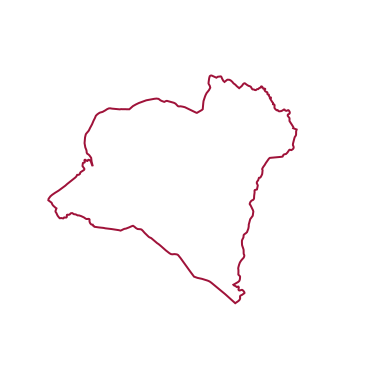 Da Huoai, Lâm Đồng, Vietnam, rotated 147°
{"feature_id": "81297802B42288402015377", "entity_name": "Da Huoai", "entity_type": "district", "adm_level": 2, "iso_a3": "VNM", "parent_name": "Vietnam", "parent_adm1": "Lâm Đồng", "projection": "natural_earth1", "projection_center": [107.624, 11.452], "detail": "fine", "context": "isolated", "style": "outline", "palette": "rose", "viewbox_px": 384, "rotation_deg": 147, "n_neighbors": 0, "source": "geoboundaries", "source_scale": "gbopen_adm2", "svg_char_len": 5970}
<svg xmlns="http://www.w3.org/2000/svg" viewBox="0 0 384 384"><g transform="rotate(147 192 192)"><path d="M274.1,199.8L272.9,198.5L271.6,198.3L269.8,198.1L268.7,197.9L267.4,197.3L264.1,196.6L261.5,196.2L260.2,195.9L259.9,195.8L259.2,194.3L258.7,192.4L257.8,190.6L255.7,189.0L255.1,188.4L254.8,188.0L254.4,186.4L254.0,183.6L252.8,178.3L252.5,177.4L251.3,175.5L249.1,168.1L248.4,166.5L247.6,163.9L245.7,157.1L244.2,152.8L243.4,151.3L242.5,150.5L240.4,149.4L238.8,148.0L238.4,147.5L238.0,146.7L237.6,142.9L236.8,126.1L236.4,119.9L234.2,117.0L231.0,113.8L227.1,109.1L226.0,107.4L225.2,105.4L219.8,88.2L216.3,75.2L212.7,75.3L211.3,75.5L210.5,75.9L209.8,76.3L209.2,77.1L209.0,77.8L208.1,78.6L207.7,78.7L206.1,78.5L203.3,78.6L203.0,78.7L202.7,79.3L202.7,80.5L202.9,81.7L203.0,82.1L203.2,82.5L203.5,82.8L205.3,83.3L205.9,83.6L206.2,84.0L206.2,84.4L206.2,84.8L204.7,86.5L204.6,87.3L204.8,87.6L205.7,87.7L206.2,87.9L206.6,89.1L207.8,91.1L207.8,91.7L206.8,91.6L202.2,91.4L200.9,91.6L199.7,92.4L198.5,93.8L197.8,94.8L197.7,95.6L198.1,97.3L198.0,97.7L196.9,99.2L195.5,101.4L194.9,102.7L194.2,103.5L192.2,105.3L190.2,106.8L188.0,107.8L184.4,108.8L183.5,109.4L183.0,109.9L182.7,110.3L182.5,110.8L182.4,111.7L182.1,112.4L180.7,114.6L180.2,115.5L179.9,116.4L179.3,118.9L178.9,120.3L177.6,122.5L176.7,123.9L176.0,124.5L173.6,125.9L172.5,127.3L172.0,127.8L171.3,128.0L170.3,128.1L169.3,128.1L167.7,128.4L164.7,130.6L163.2,132.2L162.2,133.7L158.0,137.5L154.0,139.0L151.2,142.2L150.8,143.5L150.1,149.2L150.3,150.0L150.1,150.5L149.9,150.8L148.7,151.7L147.4,152.2L146.2,152.3L144.9,152.1L144.1,152.4L143.5,152.8L141.9,155.0L139.7,157.6L138.9,159.0L138.3,159.4L136.1,158.8L135.1,159.8L133.5,161.4L133.3,161.6L133.1,162.3L132.9,164.0L132.3,164.9L131.4,165.4L130.3,165.7L129.4,166.4L128.3,167.3L128.1,167.4L127.2,167.0L126.7,167.0L125.9,167.3L124.3,168.2L123.3,168.9L122.4,170.0L120.9,171.9L120.7,173.0L120.0,173.5L118.4,174.3L116.5,175.0L114.3,176.1L109.3,178.1L108.1,178.2L98.4,173.1L97.1,172.5L96.7,172.4L95.5,173.1L94.9,173.4L94.0,173.3L93.3,173.0L92.3,172.7L91.4,172.9L90.5,173.1L87.6,174.3L86.9,174.2L86.2,173.3L85.8,173.0L84.4,173.0L83.8,173.1L83.1,173.4L82.6,173.8L82.3,174.3L82.0,175.1L81.9,176.1L81.7,176.6L80.9,177.6L76.8,181.4L75.9,182.1L74.2,182.8L73.5,183.4L71.6,186.2L70.2,187.4L72.4,190.4L71.9,190.7L71.7,191.1L71.6,193.1L71.6,197.5L71.6,198.3L71.3,198.9L70.2,200.5L70.0,201.0L70.2,203.4L70.2,203.8L70.0,204.1L69.7,204.5L69.3,204.7L67.7,204.6L67.1,204.9L66.8,205.2L66.4,206.3L66.4,207.2L66.5,207.9L66.7,208.2L67.3,208.4L68.2,208.5L68.8,208.8L69.3,209.5L69.5,209.9L69.5,210.7L69.9,211.1L72.0,211.1L73.2,211.3L75.0,212.2L75.5,213.0L75.5,213.8L75.6,214.1L76.4,214.4L76.7,215.1L77.0,216.4L77.0,217.6L76.5,218.5L75.9,219.2L75.5,219.8L75.4,220.3L75.5,220.9L75.7,221.2L76.1,221.2L76.3,221.5L75.5,222.7L75.6,223.2L75.7,223.7L75.6,228.1L75.3,228.2L74.8,227.8L74.6,227.8L74.4,228.2L75.1,229.1L75.2,229.7L75.0,230.9L74.6,231.5L74.6,231.8L74.8,232.1L75.3,232.5L75.4,233.0L75.3,233.3L74.6,234.3L74.6,234.6L74.8,235.1L75.6,236.2L75.7,236.6L75.7,237.8L75.6,238.1L75.5,238.3L74.6,238.4L74.5,238.6L74.8,239.2L75.3,239.3L75.9,239.8L75.8,241.6L76.0,242.5L76.4,242.8L76.7,242.8L77.2,242.1L77.4,242.1L78.0,242.4L78.7,242.5L79.2,242.5L80.1,242.3L80.6,242.3L80.9,242.6L81.6,242.8L83.0,242.7L83.9,243.5L84.2,244.2L85.3,245.1L85.5,245.9L85.4,247.2L85.4,248.3L86.0,249.4L86.6,250.0L87.4,251.5L88.5,254.4L89.0,254.7L89.7,254.7L90.5,254.6L92.1,253.9L93.1,253.7L95.9,253.4L96.8,256.3L97.2,258.4L98.0,260.5L98.2,262.4L98.5,263.6L98.8,264.5L99.5,265.7L100.8,266.7L101.2,266.9L101.8,266.9L104.8,266.6L105.2,268.2L105.0,270.8L104.7,272.3L104.7,272.8L104.9,273.3L107.6,274.6L109.3,274.6L112.1,279.0L113.0,279.5L113.5,279.5L114.1,279.4L115.6,278.1L117.8,275.6L119.0,274.1L119.2,273.2L119.2,272.2L119.3,271.2L119.9,269.5L122.3,268.2L125.9,267.0L128.1,265.7L129.7,264.5L132.8,262.0L134.3,260.2L137.9,255.6L139.0,255.4L144.8,255.7L145.4,256.4L151.8,267.0L153.1,268.4L154.9,270.1L156.0,270.7L156.8,271.3L157.1,271.9L157.7,275.1L158.6,276.7L163.4,282.1L164.1,282.4L166.2,282.7L167.7,284.7L168.5,286.0L169.3,288.3L170.9,289.7L172.9,290.7L180.4,293.8L188.2,295.6L191.4,296.0L194.7,296.2L196.2,296.0L199.5,295.5L206.5,300.2L207.5,300.6L213.7,305.5L215.1,306.8L216.2,307.4L218.0,307.7L220.5,307.7L223.4,307.9L225.9,308.7L227.3,308.8L229.2,308.7L231.1,308.3L233.3,306.8L235.6,305.5L239.0,303.2L243.2,300.9L243.9,300.4L245.4,299.6L249.1,298.5L249.9,298.0L252.0,296.0L255.5,291.5L257.2,287.5L257.7,284.9L258.1,283.8L258.9,282.3L259.0,281.3L258.9,280.9L258.4,279.9L258.1,278.6L258.0,276.2L258.0,275.5L259.6,272.3L260.9,268.5L261.2,268.6L261.2,268.8L260.3,272.4L260.2,273.5L260.4,274.3L260.7,274.8L261.1,275.3L261.3,275.4L261.9,275.4L262.6,275.0L262.9,275.0L263.1,275.2L263.9,276.9L264.1,277.3L264.5,277.4L265.0,277.1L265.4,275.8L265.9,275.3L266.2,275.3L267.3,275.7L267.7,275.7L268.2,275.2L269.5,273.7L269.7,273.4L269.7,273.0L269.6,270.8L269.6,270.3L269.7,270.0L270.0,269.6L270.6,269.3L274.5,269.3L275.2,269.1L276.0,268.3L277.1,268.1L278.0,268.3L279.0,268.9L280.6,268.0L282.0,267.7L292.3,266.7L294.8,266.3L303.1,265.8L307.4,265.9L310.8,265.8L313.1,265.5L316.0,264.4L317.0,263.3L315.7,259.8L315.6,259.3L315.9,257.9L315.9,256.5L315.7,255.6L315.0,253.0L314.6,252.1L316.2,250.9L316.7,250.5L317.2,249.8L317.2,248.1L317.5,246.2L317.6,245.2L317.4,242.9L317.2,242.1L317.1,241.9L316.0,241.5L314.4,240.0L313.9,240.0L313.3,240.3L312.9,240.2L311.5,239.1L310.9,239.1L310.3,239.6L309.8,240.5L309.3,240.9L308.8,240.8L307.8,240.0L307.4,239.9L306.7,239.8L305.6,240.1L305.0,240.1L303.9,239.5L303.7,239.1L303.4,238.2L303.2,237.8L302.4,237.1L302.1,236.9L301.5,236.2L300.7,234.7L299.6,234.0L298.2,232.3L296.5,229.6L295.8,227.8L295.3,226.9L294.4,226.3L293.8,226.1L293.0,225.4L292.9,224.8L293.9,223.3L294.3,222.1L294.4,221.3L294.3,220.3L294.1,219.6L293.6,219.0L293.2,218.8L293.0,218.6L293.3,217.7L293.2,217.4L292.7,216.6L292.8,216.0L289.5,213.1L285.8,210.1L284.4,208.7L279.6,204.7L274.1,199.8Z" fill="none" stroke="#9f1239" stroke-width="2"/></g></svg>